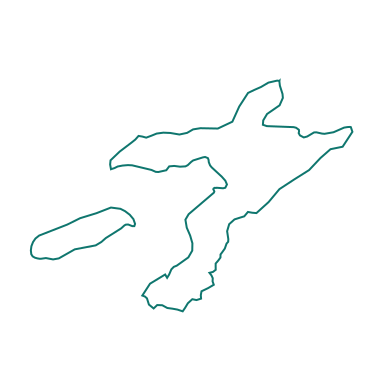 SVG path tracing the border of Ouest, rotated 314°
{"feature_id": "HTI-1388", "entity_name": "Ouest", "entity_type": "Department", "adm_level": 1, "iso_a3": "HTI", "parent_name": "Haiti", "parent_adm1": "", "projection": "robinson", "projection_center": [-72.52, 18.618], "detail": "fine", "context": "isolated", "style": "outline", "palette": "teal", "viewbox_px": 384, "rotation_deg": 314, "n_neighbors": 0, "source": "natural_earth", "source_scale": "10m", "svg_char_len": 2438}
<svg xmlns="http://www.w3.org/2000/svg" viewBox="0 0 384 384"><g transform="rotate(314 192 192)"><path d="M332.7,177.7L332.2,178.1L329.5,181.4L325.4,189.0L322.8,192.0L315.2,194.8L300.3,191.8L293.0,193.5L289.6,196.3L291.4,200.1L309.3,220.1L310.5,222.2L311.0,225.6L310.0,226.9L308.5,227.8L307.7,230.3L308.9,234.5L311.9,236.3L319.6,238.4L321.3,240.0L324.3,244.9L325.9,246.9L333.3,252.3L344.0,256.7L346.8,258.8L348.6,260.5L349.0,261.2L346.7,265.6L329.2,268.9L319.0,261.9L305.7,260.8L289.1,261.0L272.0,256.8L254.8,252.9L238.0,254.1L221.6,253.0L218.9,249.7L216.5,246.1L210.8,246.5L207.0,244.4L201.8,241.6L194.7,241.1L188.2,244.5L183.3,250.9L181.3,252.6L178.9,252.7L174.1,254.9L169.5,255.6L166.9,255.9L164.6,258.0L160.9,258.5L157.0,258.7L154.7,260.9L152.5,263.1L149.1,262.6L146.0,260.7L145.5,264.0L144.4,266.8L142.0,268.9L140.4,272.1L133.9,270.3L127.2,267.8L123.9,270.0L121.6,272.6L117.4,270.3L115.1,266.7L112.2,266.5L109.1,266.3L103.9,267.5L99.7,268.2L97.3,263.2L94.5,259.0L91.4,254.8L89.9,249.3L86.5,245.5L81.6,245.3L81.1,239.2L84.2,233.5L84.1,230.7L83.0,228.2L96.9,225.5L114.0,230.0L113.0,233.7L116.7,232.9L122.0,230.9L125.5,230.9L128.4,232.2L142.4,234.8L150.0,232.9L155.4,227.9L159.4,220.9L162.7,213.0L167.5,206.5L173.7,205.0L206.7,208.2L207.9,207.7L208.4,206.6L208.7,205.5L209.4,205.1L210.6,205.3L211.2,205.9L211.6,206.5L212.2,206.8L216.3,211.8L218.2,213.0L221.7,211.9L223.3,208.1L223.7,202.8L223.4,189.0L223.7,186.5L225.1,183.4L226.6,181.6L227.4,179.9L226.3,177.1L224.5,175.8L215.5,170.9L213.1,170.5L208.3,170.3L205.9,169.5L201.9,165.8L198.4,161.1L194.6,157.8L189.8,158.4L183.0,153.9L181.3,151.9L179.7,147.5L169.6,130.4L166.8,127.2L162.8,123.7L158.7,120.8L155.3,119.6L152.1,117.9L154.9,114.0L158.2,111.4L170.8,111.9L185.7,114.2L190.3,114.8L195.2,114.6L197.4,117.8L199.3,121.3L204.3,123.7L209.5,126.0L214.8,130.2L219.4,135.4L224.6,143.0L231.1,147.4L237.8,149.3L243.7,153.7L255.6,166.5L270.6,172.2L286.3,166.6L302.2,163.5L308.9,166.0L315.5,168.7L323.8,171.0L331.3,175.9L332.6,177.7L332.7,177.7ZM43.0,132.8L39.4,130.0L38.3,129.0L36.9,127.0L35.6,124.6L35.0,122.1L35.6,119.6L38.1,116.6L41.5,114.1L45.6,112.4L49.8,111.7L54.5,112.3L81.9,124.9L95.4,129.7L110.4,138.0L124.5,144.5L130.2,152.2L131.7,157.1L132.4,163.0L131.8,168.7L129.5,173.2L127.4,174.2L126.0,172.8L124.3,168.7L122.6,167.1L121.1,166.6L116.6,166.3L99.0,162.0L93.0,161.5L86.7,159.8L69.3,147.5L51.7,142.3L47.0,138.9L43.0,132.8Z" fill="none" stroke="#0f766e" stroke-width="2"/></g></svg>